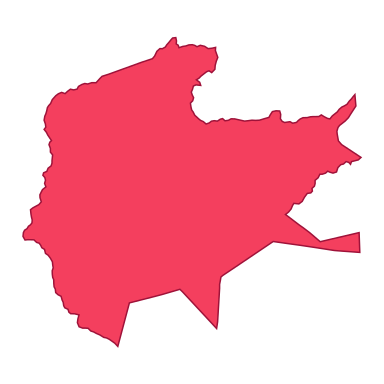 the district of Brejo de Areia, Maranhão, Brazil
{"feature_id": "56859067B39393639744648", "entity_name": "Brejo de Areia", "entity_type": "district", "adm_level": 2, "iso_a3": "BRA", "parent_name": "Brazil", "parent_adm1": "Maranhão", "projection": "albers", "projection_center": [-45.637, -4.369], "detail": "fine", "context": "isolated", "style": "filled", "palette": "rose", "viewbox_px": 384, "rotation_deg": 0, "n_neighbors": 0, "source": "geoboundaries", "source_scale": "gbopen_adm2", "svg_char_len": 3505}
<svg xmlns="http://www.w3.org/2000/svg" viewBox="0 0 384 384"><path d="M215.6,47.4L212.1,48.2L208.1,48.6L204.6,46.3L200.3,45.3L197.0,46.7L194.8,45.4L192.3,44.7L188.9,44.9L185.7,46.0L182.8,46.4L179.0,47.7L178.2,45.2L176.2,43.9L176.5,41.0L175.8,37.6L172.6,38.0L170.9,39.9L168.8,42.5L166.6,45.0L165.4,47.0L162.4,48.7L159.9,48.6L156.9,51.3L154.6,56.1L152.4,58.7L141.5,62.3L108.7,74.2L102.1,76.3L99.9,78.5L98.2,80.4L96.1,82.7L91.7,82.7L87.7,84.0L84.8,83.5L81.8,84.5L78.5,86.4L77.1,89.1L73.7,89.9L70.4,89.2L67.6,91.3L65.1,93.6L61.6,92.4L58.3,93.8L55.8,95.7L52.3,99.6L50.6,103.5L48.7,105.6L47.4,107.6L46.8,110.5L45.9,113.7L44.8,116.2L44.1,120.2L45.4,124.0L45.8,127.2L44.1,129.4L46.4,132.3L47.8,135.1L50.0,138.4L51.5,140.6L49.8,142.2L49.0,144.7L50.4,148.4L50.4,152.1L52.6,154.9L52.3,157.8L52.0,160.6L52.0,163.1L51.1,165.9L48.1,168.2L46.8,171.4L43.6,172.8L42.9,175.3L44.8,177.5L45.5,180.2L44.6,183.4L45.9,186.9L42.5,189.6L41.2,192.1L39.9,194.8L40.0,197.7L41.3,201.8L38.9,204.6L33.1,207.7L30.5,209.7L31.0,214.3L31.5,217.2L32.2,219.9L32.0,222.8L30.5,224.8L28.5,226.2L27.0,228.7L24.6,230.2L23.4,232.6L23.0,236.4L25.0,240.0L27.6,239.7L33.9,239.8L36.6,242.4L39.2,243.2L40.7,245.3L41.8,247.7L44.5,249.4L45.5,253.4L48.1,255.2L50.2,257.9L52.4,261.8L52.7,264.9L53.2,267.9L52.2,270.7L52.3,274.2L52.7,277.4L53.7,279.7L53.8,283.6L54.1,286.8L55.3,289.1L55.7,292.6L58.0,294.7L61.1,296.3L62.1,300.0L63.2,302.3L63.7,305.7L64.8,307.8L68.0,309.3L68.9,312.2L70.7,313.7L74.6,313.8L79.0,314.9L77.9,318.9L77.4,322.7L79.1,326.8L82.6,328.1L85.2,328.1L88.1,328.3L90.8,331.0L93.6,331.9L96.3,333.4L99.8,334.9L103.8,337.4L106.5,337.9L109.3,339.3L112.0,341.2L114.8,343.2L117.8,346.4L129.4,302.9L154.9,296.4L162.1,294.5L179.9,289.3L182.5,291.8L214.0,325.7L216.6,328.5L217.6,321.9L219.6,288.3L219.6,284.3L220.4,280.3L220.9,277.1L222.7,275.5L240.0,263.9L273.2,241.5L283.0,242.9L286.5,243.4L300.3,245.3L317.1,247.8L334.4,250.5L342.0,251.1L359.8,252.4L359.1,232.6L320.2,241.7L309.6,232.6L303.0,227.6L299.7,225.3L285.5,214.5L288.5,212.1L291.1,209.0L292.5,205.6L293.8,203.4L298.9,203.9L302.2,201.4L304.5,197.2L307.3,193.4L310.8,192.9L312.4,191.1L312.0,188.4L314.4,186.2L315.1,183.6L315.1,180.3L318.1,177.8L319.9,174.2L322.3,174.2L325.6,173.1L327.7,171.2L329.9,172.2L333.0,173.1L336.5,172.0L337.9,167.6L340.7,164.7L343.5,164.0L346.1,161.6L348.8,162.4L350.5,164.3L351.5,161.6L355.1,160.7L358.3,159.9L361.0,157.4L341.6,144.6L338.4,140.9L337.2,134.0L336.9,131.3L338.0,127.5L339.6,125.4L345.1,121.1L348.4,117.7L350.7,114.0L355.9,106.0L354.9,94.6L353.0,96.8L351.5,98.8L349.2,101.2L347.0,104.3L344.3,105.9L341.9,107.0L339.2,109.3L337.3,111.9L332.3,115.9L329.9,118.9L327.5,118.4L324.2,116.7L321.3,114.9L318.9,116.5L315.8,116.6L313.0,116.6L310.4,116.8L307.2,117.6L303.0,117.7L300.2,119.0L298.3,120.5L296.5,122.4L292.7,123.2L290.0,121.7L284.6,122.5L282.2,121.4L280.4,118.8L280.7,114.4L279.7,111.0L276.0,110.8L272.4,111.6L270.4,114.6L268.9,117.4L264.3,118.7L259.4,120.2L255.6,120.4L251.9,120.2L248.2,120.7L244.6,121.1L234.7,118.9L231.1,118.8L228.4,120.3L225.0,120.8L222.6,118.6L220.3,119.2L217.4,121.1L214.2,120.7L211.4,121.2L209.3,122.9L206.1,124.0L203.3,121.6L200.6,120.4L198.6,118.8L196.6,116.9L194.8,115.3L193.1,111.9L191.7,110.0L191.0,107.1L190.4,103.1L192.7,100.8L193.6,97.7L192.3,95.1L191.3,92.1L192.5,89.3L193.4,86.0L196.0,84.9L200.7,85.4L199.7,82.3L196.4,79.8L199.1,78.1L200.9,76.2L204.2,73.6L206.7,71.7L209.0,70.8L211.7,72.6L214.9,69.3L215.2,65.4L216.3,61.2L217.8,57.4L215.4,50.6L215.6,47.4Z" fill="#f43f5e" stroke="#9f1239" stroke-width="1.5"/></svg>